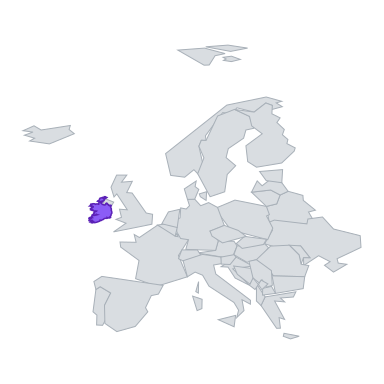 where Ireland sits in Europe
{"feature_id": "IRL", "entity_name": "Ireland", "entity_type": "country or territory", "adm_level": 0, "iso_a3": "IRL", "parent_name": "Europe", "parent_adm1": "", "projection": "natural_earth1", "projection_center": [-8.443, 53.42], "detail": "fine", "context": "in_parent", "style": "filled", "palette": "violet", "viewbox_px": 384, "rotation_deg": 0, "n_neighbors": 37, "source": "natural_earth", "source_scale": "50m", "svg_char_len": 10872}
<svg xmlns="http://www.w3.org/2000/svg" viewBox="0 0 384 384"><path d="M177.8,50.1L204.5,48.1L225.1,53.6L215.1,55.7L209.2,65.0L204.1,65.2L177.8,50.1ZM282.3,106.7L271.5,109.6L272.3,105.4L265.8,103.0L254.1,112.1L236.9,107.8L231.7,113.6L222.7,112.6L205.4,135.8L206.1,140.4L201.3,140.3L198.9,146.2L203.2,165.5L197.7,173.7L193.9,169.7L184.7,177.2L170.7,175.4L165.6,153.6L226.8,105.1L266.2,97.0L281.7,101.3L276.2,102.9L282.3,106.7ZM247.6,48.1L230.6,51.4L205.7,46.8L228.0,45.1L247.6,48.1ZM240.3,59.4L231.4,61.6L223.5,60.4L226.1,59.0L223.1,57.3L231.5,56.2L240.3,59.4Z" fill="#d9dde1" stroke="#a8b0b8" stroke-width="1"/><path d="M157.6,225.1L188.5,239.7L178.4,255.6L187.4,276.8L156.6,286.3L135.6,278.7L139.0,260.5L120.7,247.1L120.0,242.0L136.1,242.3L134.2,234.5L139.4,237.5L157.6,225.1ZM195.8,291.6L198.6,281.6L198.4,293.1L195.8,291.6Z" fill="#d9dde1" stroke="#a8b0b8" stroke-width="1"/><path d="M197.7,173.7L203.9,157.9L198.9,146.2L201.3,140.3L206.1,140.4L217.6,116.0L234.5,109.4L249.5,116.4L253.8,128.3L245.9,130.0L243.6,138.2L228.3,148.6L226.1,157.6L235.7,165.7L227.2,174.5L224.7,191.8L210.1,196.7L197.7,173.7Z" fill="#d9dde1" stroke="#a8b0b8" stroke-width="1"/><path d="M288.1,191.3L302.9,195.4L303.3,200.4L315.4,210.2L308.5,212.0L312.4,218.6L306.9,223.9L269.2,222.2L266.4,206.4L276.7,203.9L280.1,195.0L288.1,191.3Z" fill="#d9dde1" stroke="#a8b0b8" stroke-width="1"/><path d="M338.2,263.1L346.8,264.3L333.5,272.1L324.5,265.3L330.1,261.7L318.6,255.7L303.7,265.5L303.5,257.6L309.9,257.7L300.6,245.9L280.3,248.6L264.6,243.8L272.5,230.1L269.2,222.2L274.3,220.1L306.9,223.9L307.9,219.0L322.5,217.0L333.5,229.0L360.2,235.7L361.0,247.4L337.1,258.7L338.2,263.1Z" fill="#d9dde1" stroke="#a8b0b8" stroke-width="1"/><path d="M266.4,206.4L269.4,214.6L266.5,216.0L272.8,228.1L267.7,239.7L231.0,230.1L217.9,212.7L217.5,207.4L234.9,200.1L266.4,206.4Z" fill="#d9dde1" stroke="#a8b0b8" stroke-width="1"/><path d="M237.1,245.9L232.9,255.9L225.6,257.6L197.0,253.0L215.6,250.4L218.3,240.7L234.0,241.3L237.1,245.9Z" fill="#d9dde1" stroke="#a8b0b8" stroke-width="1"/><path d="M264.6,243.8L268.5,247.6L260.7,258.4L247.0,262.3L233.9,254.7L237.1,245.9L264.6,243.8Z" fill="#d9dde1" stroke="#a8b0b8" stroke-width="1"/><path d="M289.3,245.2L300.6,245.9L309.9,257.7L303.5,257.6L301.1,264.2L299.1,255.0L289.3,245.2Z" fill="#d9dde1" stroke="#a8b0b8" stroke-width="1"/><path d="M301.1,264.2L308.8,265.6L304.7,276.7L273.4,275.9L256.4,259.7L270.6,246.1L289.3,245.2L299.1,255.0L301.1,264.2Z" fill="#d9dde1" stroke="#a8b0b8" stroke-width="1"/><path d="M280.1,195.0L276.7,203.9L266.4,206.4L251.5,192.2L270.7,190.0L280.1,195.0Z" fill="#d9dde1" stroke="#a8b0b8" stroke-width="1"/><path d="M281.8,182.7L288.1,191.3L280.1,195.0L270.7,190.0L251.5,192.2L257.2,180.9L262.1,185.8L270.3,179.4L281.8,182.7Z" fill="#d9dde1" stroke="#a8b0b8" stroke-width="1"/><path d="M282.6,169.6L281.8,182.7L266.2,180.6L259.6,171.5L282.6,169.6Z" fill="#d9dde1" stroke="#a8b0b8" stroke-width="1"/><path d="M217.5,207.4L224.3,225.4L210.0,231.1L218.3,240.7L215.6,250.4L185.8,249.4L188.5,239.7L180.6,238.5L176.9,232.1L175.8,220.3L180.1,217.8L180.7,207.9L186.2,209.0L189.5,205.7L187.5,199.4L194.7,199.2L200.7,205.7L208.6,202.6L217.5,207.4Z" fill="#d9dde1" stroke="#a8b0b8" stroke-width="1"/><path d="M271.5,273.0L273.4,275.9L304.7,276.7L303.2,288.6L275.5,293.4L271.5,273.0Z" fill="#d9dde1" stroke="#a8b0b8" stroke-width="1"/><path d="M299.2,336.2L290.5,338.9L283.3,336.3L284.0,333.3L299.2,336.2ZM265.1,296.9L295.9,291.8L293.4,297.0L280.4,298.0L284.7,301.9L274.6,301.0L284.6,319.4L279.1,317.6L280.4,328.2L276.6,328.3L261.0,305.5L265.1,296.9Z" fill="#d9dde1" stroke="#a8b0b8" stroke-width="1"/><path d="M265.1,296.9L261.0,305.5L256.4,301.0L256.5,283.8L265.1,296.9Z" fill="#d9dde1" stroke="#a8b0b8" stroke-width="1"/><path d="M236.1,257.1L252.6,266.0L232.8,268.9L249.5,285.3L235.2,278.1L228.0,267.1L221.1,266.7L236.1,257.1Z" fill="#d9dde1" stroke="#a8b0b8" stroke-width="1"/><path d="M197.4,250.0L202.2,257.3L185.6,262.2L178.5,258.7L181.8,249.9L197.4,250.0Z" fill="#d9dde1" stroke="#a8b0b8" stroke-width="1"/><path d="M175.5,232.4L178.0,236.7L175.2,236.2L175.5,232.4Z" fill="#d9dde1" stroke="#a8b0b8" stroke-width="1"/><path d="M177.2,227.5L175.2,236.2L157.6,225.1L170.6,222.9L177.2,227.5Z" fill="#d9dde1" stroke="#a8b0b8" stroke-width="1"/><path d="M179.8,209.3L177.2,227.5L161.8,223.8L168.4,211.9L179.8,209.3Z" fill="#d9dde1" stroke="#a8b0b8" stroke-width="1"/><path d="M95.9,289.5L100.2,286.7L110.7,293.0L104.5,305.4L107.3,316.5L102.6,325.3L96.6,325.0L96.9,315.1L93.0,311.8L95.9,289.5Z" fill="#d9dde1" stroke="#a8b0b8" stroke-width="1"/><path d="M104.9,323.4L104.5,305.4L110.7,293.0L100.2,286.7L95.9,289.5L93.9,281.5L101.8,276.4L163.1,285.4L158.4,294.1L151.3,295.6L145.5,307.7L147.8,311.8L135.3,326.4L116.8,331.6L104.9,323.4Z" fill="#d9dde1" stroke="#a8b0b8" stroke-width="1"/><path d="M202.4,254.4L221.0,257.1L222.3,263.5L213.6,265.0L215.8,274.0L250.5,300.3L250.4,304.2L242.0,299.7L244.0,310.6L236.7,317.6L238.6,310.2L234.0,302.5L209.0,286.2L202.6,275.2L195.1,272.1L187.4,276.8L183.1,260.7L202.4,254.4ZM218.3,319.7L235.6,315.4L234.1,326.8L218.3,319.7ZM192.6,296.1L202.1,299.3L201.9,308.6L197.1,310.6L192.6,296.1Z" fill="#d9dde1" stroke="#a8b0b8" stroke-width="1"/><path d="M194.7,199.2L187.5,199.4L184.3,188.9L196.2,181.0L195.1,186.6L198.8,189.4L194.7,199.2ZM206.6,191.7L206.1,200.4L200.3,196.7L199.3,193.9L206.6,191.7Z" fill="#d9dde1" stroke="#a8b0b8" stroke-width="1"/><path d="M111.0,206.7L103.8,205.4L103.7,198.2L113.7,202.1L111.0,206.7ZM127.3,209.8L116.8,193.9L114.0,197.0L111.0,187.2L116.6,175.1L126.8,175.1L121.5,182.2L132.3,181.3L126.7,192.6L132.1,193.0L146.2,213.0L152.6,214.3L151.9,224.2L113.5,231.9L126.0,223.2L116.0,219.4L121.5,217.3L119.5,209.2L127.3,209.8Z" fill="#d9dde1" stroke="#a8b0b8" stroke-width="1"/><path d="M70.3,125.5L69.1,129.5L74.3,133.7L49.4,143.9L29.6,141.0L34.6,138.2L24.4,135.2L33.0,132.1L23.0,130.7L34.0,125.8L41.1,130.0L70.3,125.5Z" fill="#d9dde1" stroke="#a8b0b8" stroke-width="1"/><path d="M221.0,257.1L233.9,254.7L236.1,257.1L230.1,264.5L221.2,264.1L221.0,257.1Z" fill="#d9dde1" stroke="#a8b0b8" stroke-width="1"/><path d="M272.3,105.4L271.9,113.8L280.1,117.9L276.9,122.5L284.3,129.5L282.4,134.8L287.9,139.5L286.9,143.6L295.2,147.9L294.2,151.1L281.7,163.0L256.5,167.2L247.7,161.6L245.9,145.8L262.2,133.8L251.7,125.9L249.5,116.4L234.5,109.4L254.1,112.1L265.8,103.0L272.3,105.4Z" fill="#d9dde1" stroke="#a8b0b8" stroke-width="1"/><path d="M266.5,239.3L263.5,244.5L242.2,248.4L236.3,243.5L244.5,236.4L266.5,239.3Z" fill="#d9dde1" stroke="#a8b0b8" stroke-width="1"/><path d="M224.3,225.4L238.4,230.5L246.1,236.4L222.5,242.9L212.0,236.1L210.0,231.1L224.3,225.4Z" fill="#d9dde1" stroke="#a8b0b8" stroke-width="1"/><path d="M249.9,284.1L237.3,274.3L233.7,266.0L252.8,268.6L254.2,277.7L249.9,284.1Z" fill="#d9dde1" stroke="#a8b0b8" stroke-width="1"/><path d="M271.5,286.4L275.5,293.4L262.5,295.1L262.7,288.3L271.5,286.4Z" fill="#d9dde1" stroke="#a8b0b8" stroke-width="1"/><path d="M249.0,261.3L256.4,259.7L271.4,270.6L272.3,285.4L267.1,287.0L262.0,279.7L259.3,283.0L253.0,278.0L249.0,261.3Z" fill="#d9dde1" stroke="#a8b0b8" stroke-width="1"/><path d="M258.4,284.5L255.0,289.5L249.5,285.3L253.0,278.0L258.4,284.5Z" fill="#d9dde1" stroke="#a8b0b8" stroke-width="1"/><path d="M261.9,289.7L258.4,284.5L261.1,280.1L267.9,283.9L261.9,289.7Z" fill="#d9dde1" stroke="#a8b0b8" stroke-width="1"/><path d="M105.6,198.5L104.7,198.9L104.6,199.1L104.4,199.7L104.4,199.9L104.1,200.3L103.8,200.7L103.6,200.8L103.1,200.9L102.9,201.0L102.6,201.0L102.2,201.0L102.1,201.3L102.4,201.5L102.8,201.7L102.8,201.8L102.6,202.0L101.3,202.4L100.9,202.6L100.8,202.8L100.9,203.0L101.9,203.8L102.1,203.9L102.3,204.4L103.2,204.6L103.6,204.8L103.9,204.9L104.6,204.9L104.9,205.0L105.0,204.9L105.7,204.4L105.9,204.2L105.7,203.8L106.0,203.4L106.5,203.1L107.1,203.3L107.4,203.6L107.4,203.8L107.5,204.0L107.8,204.4L108.0,204.5L108.5,204.6L108.5,205.2L108.6,205.4L109.1,205.4L109.7,205.4L109.9,205.4L110.1,205.3L110.4,205.2L110.8,205.2L111.1,205.4L111.2,205.7L110.8,205.8L110.4,205.7L110.2,205.9L110.2,206.2L110.3,206.6L110.6,206.9L110.8,207.5L111.0,208.2L111.3,208.6L111.3,209.2L111.3,209.4L111.4,209.9L111.2,210.1L111.3,210.5L111.7,211.4L111.8,211.9L111.9,213.0L111.7,213.5L111.4,213.8L111.2,214.3L111.0,214.8L111.0,215.6L110.3,216.6L110.0,216.8L109.7,217.0L110.4,217.6L109.8,217.9L109.2,218.0L108.4,217.9L108.0,217.9L107.6,218.1L107.4,218.2L107.0,217.6L106.8,218.2L106.4,218.4L105.7,218.3L104.5,218.5L104.1,218.6L103.9,218.9L103.7,219.2L103.5,219.4L103.3,219.5L102.4,219.7L102.2,219.8L101.8,220.2L101.2,220.5L100.8,220.6L100.4,220.3L100.2,220.1L99.4,220.1L99.6,220.2L99.7,220.4L99.8,220.7L99.7,221.1L99.4,221.3L99.0,221.3L98.4,221.7L97.6,221.8L97.2,222.1L94.7,222.7L94.2,222.6L93.8,222.5L93.4,222.6L92.3,222.9L91.8,222.8L92.5,222.0L93.4,221.6L93.5,221.5L93.2,221.4L91.5,221.7L90.9,222.0L90.3,222.0L90.6,221.7L91.3,221.1L91.7,220.9L92.0,220.8L92.3,220.5L93.1,220.2L90.5,220.9L89.8,220.8L89.7,220.6L89.1,220.7L88.9,220.2L89.7,219.5L90.2,219.2L90.7,219.0L91.2,218.8L91.4,218.5L91.2,218.4L89.6,218.5L88.9,218.4L88.9,218.2L89.1,217.9L89.8,217.5L90.3,217.4L90.6,217.4L91.0,217.6L91.3,217.7L92.2,217.6L91.8,217.3L91.7,216.8L91.5,216.6L91.8,216.3L92.2,216.2L92.9,215.6L93.2,215.5L94.5,215.4L96.0,215.1L97.4,214.7L96.7,214.5L96.3,214.2L95.7,214.8L95.3,215.0L94.2,215.1L93.8,215.1L93.3,214.9L93.1,215.0L92.2,215.4L91.4,215.5L92.4,214.9L93.5,214.0L93.8,213.7L94.2,213.2L93.8,212.9L94.7,211.9L95.0,211.7L95.5,211.7L95.9,211.5L96.1,211.5L96.3,211.4L96.6,211.1L96.1,211.0L95.5,210.9L93.8,211.0L93.6,210.9L93.3,210.8L93.2,210.7L93.1,210.4L92.6,210.3L92.2,210.4L91.9,210.4L91.7,210.2L92.1,209.9L91.5,209.8L91.0,209.9L90.5,209.8L90.5,209.5L90.7,209.3L90.5,209.1L90.4,208.8L90.7,208.7L91.0,208.8L91.7,208.6L92.5,208.5L91.8,208.3L91.5,208.1L91.5,207.9L91.5,207.6L92.4,207.3L93.2,207.1L93.2,206.9L93.2,206.6L92.4,206.5L91.5,206.7L91.6,206.2L91.8,205.8L91.8,205.5L91.8,205.2L91.4,205.3L91.4,204.9L91.2,204.5L90.6,204.8L90.6,204.4L90.8,204.1L91.1,204.0L91.4,204.0L92.0,204.0L92.5,203.8L93.4,203.7L94.6,203.8L95.5,204.4L95.8,204.3L96.1,203.9L96.3,203.9L97.6,204.0L98.4,204.3L98.7,204.2L98.5,203.8L98.3,203.5L98.6,203.1L99.1,202.8L99.3,202.7L100.0,202.6L100.3,202.4L100.5,201.9L100.8,201.5L99.1,201.7L97.5,201.2L97.8,200.9L98.1,200.7L98.7,200.6L98.8,200.4L99.1,200.2L99.5,199.8L99.4,199.3L99.5,199.0L99.8,198.7L99.9,198.4L100.1,198.1L100.8,198.0L101.5,197.8L102.5,197.8L102.8,197.9L102.7,197.4L103.2,197.4L103.4,197.5L103.5,197.8L103.7,198.0L103.8,198.3L103.7,198.5L103.4,198.7L103.6,198.9L103.3,199.3L103.7,199.1L104.2,198.8L104.2,198.5L104.1,198.1L103.9,197.8L104.0,197.5L104.3,197.2L105.1,197.1L104.8,196.7L105.1,196.7L105.4,196.7L105.9,197.1L106.4,197.3L106.9,197.5L106.4,197.9L105.8,198.2L105.6,198.5ZM91.3,206.4L91.3,206.6L90.9,206.3L90.7,206.1L89.7,206.0L90.1,205.7L90.3,205.8L91.1,205.8L91.3,205.9L91.3,206.4Z" fill="#8b5cf6" stroke="#5b21b6" stroke-width="1.5"/></svg>